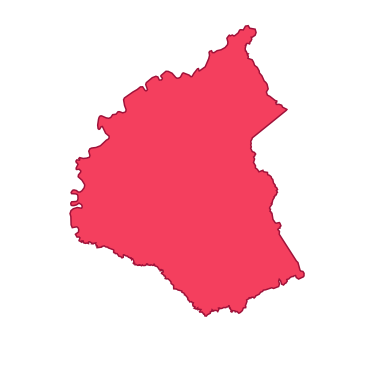 Guajará-Mirim, Rondônia, Brazil (Mercator projection), rotated 66°
{"feature_id": "56859067B61607327438980", "entity_name": "Guajará-Mirim", "entity_type": "district", "adm_level": 2, "iso_a3": "BRA", "parent_name": "Brazil", "parent_adm1": "Rondônia", "projection": "mercator", "projection_center": [-64.555, -11.323], "detail": "fine", "context": "isolated", "style": "filled", "palette": "rose", "viewbox_px": 384, "rotation_deg": 66, "n_neighbors": 0, "source": "geoboundaries", "source_scale": "gbopen_adm2", "svg_char_len": 5969}
<svg xmlns="http://www.w3.org/2000/svg" viewBox="0 0 384 384"><g transform="rotate(66 192 192)"><path d="M299.0,237.3L300.7,235.8L300.2,233.9L301.9,234.5L302.1,233.0L303.0,231.6L304.3,233.8L304.8,233.8L305.9,231.5L308.4,231.0L308.6,230.4L310.5,230.6L311.2,229.3L310.4,227.9L310.2,224.7L309.0,224.0L309.1,222.8L307.9,221.7L309.2,221.6L309.4,221.2L308.9,220.8L309.5,220.5L309.4,219.2L310.5,217.5L311.7,217.1L310.2,215.3L308.8,215.0L309.2,213.9L309.9,213.9L310.5,212.0L310.4,210.0L311.4,208.2L311.1,207.4L311.6,205.8L310.8,204.8L311.1,204.3L311.9,204.6L313.6,204.3L313.6,204.8L315.9,204.3L317.0,205.1L317.9,204.4L316.9,203.1L318.1,201.1L319.1,201.2L319.4,199.5L321.8,198.5L321.7,196.8L320.8,194.2L318.8,192.2L319.5,190.0L318.8,189.5L317.8,189.6L314.3,186.3L312.8,186.0L312.6,183.2L312.0,183.1L311.9,182.6L312.3,181.6L312.9,181.4L312.4,180.4L312.7,179.6L313.2,178.6L314.1,178.4L313.5,176.7L312.8,176.1L312.7,172.3L311.5,170.1L311.5,167.9L310.7,166.8L311.3,164.4L311.9,158.1L313.3,156.7L313.6,151.3L311.6,149.5L308.6,149.1L307.2,147.8L309.1,147.2L312.6,147.6L314.2,146.2L313.3,144.2L313.4,143.3L312.1,141.2L310.5,141.0L310.8,138.9L310.0,137.0L309.9,135.1L310.4,134.1L310.1,133.1L310.4,131.4L312.6,131.5L314.9,130.0L314.8,124.8L314.2,123.8L311.8,122.7L309.7,123.0L308.4,124.8L307.3,125.1L299.5,123.9L297.5,124.7L266.1,129.5L263.5,128.1L261.2,128.9L260.5,127.8L260.7,126.2L259.8,126.0L259.1,124.5L256.2,124.4L255.4,124.7L254.8,127.7L253.9,128.5L250.0,129.2L243.9,127.6L243.6,128.1L242.4,127.9L241.3,128.6L239.6,127.3L238.8,127.9L237.8,127.4L235.5,123.7L234.7,124.1L234.3,123.1L232.1,121.4L230.6,119.2L229.8,119.1L229.7,118.2L228.8,117.3L228.9,116.2L227.1,114.7L227.0,114.1L225.0,114.3L224.6,112.9L222.4,112.9L220.9,113.9L219.6,113.2L216.9,113.9L213.3,113.1L212.2,113.7L210.2,113.5L208.2,114.5L207.0,115.8L204.8,115.1L202.9,118.0L202.0,118.5L201.0,118.4L200.8,122.6L197.9,123.1L195.8,124.3L193.8,123.3L190.0,123.8L187.3,121.4L185.1,121.5L184.4,119.8L183.5,119.2L183.2,118.4L181.2,118.9L179.6,120.5L175.8,120.6L175.0,119.5L172.8,119.2L172.0,118.3L169.6,117.7L167.9,115.5L167.1,115.0L155.7,72.5L155.2,71.7L151.3,74.8L149.2,74.8L147.3,76.8L146.3,79.3L144.4,79.1L144.3,78.0L143.4,77.5L142.1,78.9L136.4,81.9L134.1,83.7L130.9,83.4L128.8,80.5L124.1,79.6L121.9,80.0L120.0,80.9L114.3,80.9L110.6,82.0L108.9,81.4L104.7,81.7L101.8,83.3L98.3,83.0L95.6,83.3L92.7,86.5L90.9,85.3L89.2,85.7L88.7,84.4L87.5,85.4L85.4,85.2L84.9,85.8L82.4,85.0L81.0,83.8L80.0,83.7L79.8,82.7L79.1,82.6L78.6,81.4L79.4,79.8L80.1,79.3L80.0,78.9L78.6,78.2L78.3,77.1L76.8,75.3L74.7,74.9L75.1,74.0L74.5,70.6L72.4,68.6L68.9,68.1L65.8,72.7L62.9,73.0L62.2,75.7L64.8,79.2L63.5,81.6L63.5,82.7L65.4,85.0L66.6,89.4L66.4,90.3L65.0,91.3L64.9,93.5L63.9,94.1L64.0,94.6L65.7,97.6L69.6,98.2L71.8,99.5L73.5,103.0L73.9,107.6L73.1,111.6L73.7,115.2L72.9,116.7L70.9,116.7L70.7,118.6L71.3,119.6L74.3,120.4L76.9,122.4L83.0,129.0L84.4,135.8L84.2,136.3L81.9,135.9L81.7,136.9L84.3,141.9L86.5,145.0L86.2,146.1L84.0,147.1L79.7,151.4L79.7,152.4L82.4,155.9L82.5,158.0L81.9,159.5L80.7,160.3L75.4,161.9L72.1,164.7L71.1,166.7L73.0,173.0L73.8,173.4L75.6,172.8L76.4,173.0L77.2,174.3L76.5,176.3L73.0,176.4L71.6,177.9L71.4,181.8L73.5,189.2L75.0,190.6L80.3,191.0L80.9,192.1L80.9,192.9L80.0,193.6L75.8,194.3L75.0,196.4L76.1,200.4L76.6,205.3L78.6,215.5L79.9,217.0L85.4,218.4L90.0,218.7L91.5,219.8L91.8,220.8L91.5,223.1L89.1,225.6L88.6,226.9L90.0,229.8L89.1,233.0L90.9,236.0L90.8,238.1L89.4,240.2L85.7,243.6L85.2,244.9L85.9,246.4L87.5,247.8L92.6,251.0L95.9,252.0L96.9,251.5L97.0,250.8L95.4,248.4L95.7,247.2L103.2,247.0L107.3,245.0L108.9,245.8L109.6,246.9L109.8,249.1L112.5,256.8L112.3,261.5L111.0,265.9L111.0,267.7L112.7,269.7L117.2,270.4L118.5,271.6L118.2,274.5L117.1,277.8L114.9,280.6L115.3,281.7L116.2,281.2L117.1,281.8L115.8,284.2L116.6,285.5L118.2,285.7L118.9,285.1L120.4,284.9L122.8,287.9L123.9,288.5L124.5,288.3L125.4,285.8L127.6,285.0L128.6,285.7L130.2,288.8L131.8,289.8L136.5,287.7L141.3,287.1L142.4,287.4L144.2,288.7L146.1,292.0L146.5,294.1L145.8,295.9L143.6,297.0L142.1,299.0L141.9,300.4L143.2,302.6L144.5,302.7L146.5,298.9L147.7,297.8L149.1,297.8L151.8,298.9L153.2,300.0L153.6,301.5L152.0,305.9L152.9,307.3L154.6,307.8L155.5,307.3L156.4,305.3L156.8,302.7L156.2,299.8L158.5,298.1L160.3,298.1L161.7,299.1L161.8,299.7L159.5,303.1L159.0,307.3L159.8,310.1L162.1,312.2L165.3,312.7L172.8,315.8L175.9,315.9L176.9,311.5L178.1,310.7L180.1,310.7L182.4,312.0L183.2,315.7L186.4,315.4L187.2,313.4L188.3,313.0L190.5,315.0L193.1,313.1L192.6,312.2L192.0,312.3L192.3,311.4L194.4,311.6L195.6,310.2L195.9,308.6L197.0,307.5L195.6,306.8L195.8,305.8L198.0,304.2L198.4,304.7L199.2,303.4L198.9,302.7L199.3,301.0L199.6,301.5L200.5,301.0L202.1,301.3L202.4,300.6L203.0,300.7L203.9,300.7L203.8,301.3L204.3,301.4L205.6,297.0L205.1,296.8L205.5,294.1L207.0,293.2L208.2,291.3L209.0,291.2L212.8,287.3L213.4,287.1L215.0,288.1L215.8,287.9L215.9,287.3L217.1,287.1L217.8,285.5L221.0,284.9L222.1,283.3L223.7,282.8L223.7,281.4L221.5,280.2L221.6,279.7L223.4,278.4L224.5,276.9L225.8,276.6L227.3,274.6L227.7,275.1L228.3,274.4L229.0,274.6L228.5,273.8L228.8,273.4L231.4,273.3L232.7,273.7L233.0,274.4L233.5,273.8L233.7,274.3L234.2,274.2L234.2,273.5L235.4,273.6L235.6,272.5L236.9,271.5L237.5,269.9L237.0,269.8L237.2,269.3L238.8,268.2L238.4,267.0L239.3,266.6L240.0,264.9L240.1,264.0L239.2,262.6L239.6,262.0L240.1,262.4L240.6,262.0L242.0,260.0L241.7,259.1L243.0,257.9L243.3,257.0L242.5,256.3L242.7,255.8L244.4,255.9L246.2,254.0L249.8,253.4L250.2,252.4L251.1,253.0L251.5,251.4L250.7,251.3L251.6,250.4L253.3,250.7L253.4,252.6L253.9,253.0L256.2,251.6L257.3,251.6L257.9,250.8L259.1,250.8L260.1,251.7L261.1,250.5L261.4,249.3L263.6,248.3L265.5,247.8L267.1,248.3L269.8,246.8L273.0,248.1L274.4,245.6L275.7,244.8L278.3,241.6L279.5,242.0L280.9,240.6L282.4,240.2L282.8,240.7L283.8,239.9L287.2,238.9L287.7,239.4L288.9,239.5L290.0,238.9L291.5,238.8L292.0,237.0L293.4,236.8L293.8,235.9L295.2,237.2L296.6,237.4L298.1,236.0L298.7,236.3L299.0,237.3Z" fill="#f43f5e" stroke="#9f1239" stroke-width="1.5"/></g></svg>